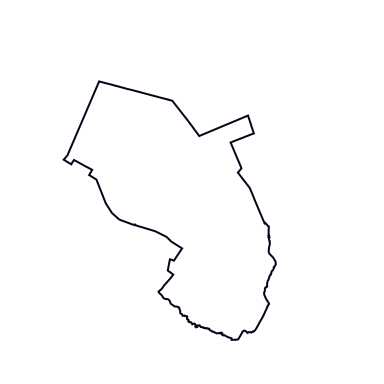 Noordenveld, Drenthe, Netherlands (Albers equal-area conic projection), rotated 137°
{"feature_id": "6326949B11636300368491", "entity_name": "Noordenveld", "entity_type": "district", "adm_level": 2, "iso_a3": "NLD", "parent_name": "Netherlands", "parent_adm1": "Drenthe", "projection": "albers", "projection_center": [6.459, 53.095], "detail": "fine", "context": "isolated", "style": "outline", "palette": "ink", "viewbox_px": 384, "rotation_deg": 137, "n_neighbors": 0, "source": "geoboundaries", "source_scale": "gbopen_adm2", "svg_char_len": 5397}
<svg xmlns="http://www.w3.org/2000/svg" viewBox="0 0 384 384"><g transform="rotate(137 192 192)"><path d="M224.4,52.8L214.3,56.9L214.4,57.0L213.4,57.3L212.3,57.5L211.9,57.6L210.9,62.2L210.8,62.9L210.3,64.7L210.0,65.3L209.6,66.7L208.9,68.0L208.1,69.1L207.6,69.3L206.7,69.6L206.3,70.0L205.6,70.7L204.3,71.8L203.2,72.1L202.7,71.9L202.5,71.5L201.4,71.7L201.4,71.9L200.5,72.8L199.8,73.4L199.7,73.7L197.7,75.1L196.2,75.6L195.5,75.9L193.2,77.3L191.1,78.0L190.4,77.8L188.6,79.2L187.0,79.8L186.4,79.5L183.7,80.6L183.1,80.8L183.3,81.2L182.1,81.4L180.5,81.7L180.3,81.8L179.9,82.2L179.7,82.4L179.3,82.8L178.7,83.6L178.6,83.9L178.1,85.2L177.6,87.3L177.5,87.9L177.4,88.6L177.4,89.5L177.4,90.2L177.4,90.5L177.4,91.2L177.5,93.6L177.5,94.2L177.4,94.5L176.8,95.5L176.5,96.2L176.3,96.4L175.9,96.8L173.0,99.3L171.0,100.5L170.3,101.0L169.2,102.5L169.3,102.6L169.2,102.7L168.5,103.3L168.6,103.6L168.4,103.8L168.4,104.0L167.7,105.2L167.1,106.5L166.2,106.1L166.1,106.4L166.1,107.0L166.1,107.4L166.1,107.7L165.7,107.6L165.7,107.9L165.6,108.1L165.3,108.2L165.2,108.3L165.0,108.2L164.9,108.5L164.7,108.8L164.5,109.3L164.1,109.5L163.9,109.7L163.7,110.0L163.2,110.5L161.8,111.9L161.8,112.0L161.7,112.1L159.7,114.0L159.4,114.3L159.5,114.4L159.6,114.9L159.6,115.2L159.6,115.6L159.6,116.0L159.6,116.5L159.5,116.8L159.5,117.7L159.5,119.4L160.3,119.5L158.6,124.2L156.5,130.0L151.6,143.3L150.2,146.9L148.2,152.2L147.0,155.6L146.9,156.6L146.2,164.3L145.9,167.7L145.2,174.9L139.7,175.6L139.3,176.4L138.5,178.7L137.9,180.2L137.4,181.7L135.7,186.4L133.8,191.5L130.0,201.9L106.8,192.7L104.9,196.8L103.9,199.1L102.5,201.9L98.9,209.7L148.5,228.0L148.3,230.0L147.6,236.1L147.1,240.1L146.2,248.5L144.2,272.2L161.2,299.2L161.8,300.3L167.0,308.5L169.1,311.6L171.1,314.9L184.5,336.2L214.2,323.1L258.2,303.7L263.8,303.1L261.4,294.6L261.1,294.7L260.9,294.8L256.5,295.9L253.7,287.5L252.9,284.9L251.1,279.8L249.9,276.3L255.7,274.5L253.4,266.3L262.4,243.5L262.7,242.6L262.8,242.5L263.5,238.6L264.9,231.1L264.8,230.6L264.6,227.9L264.0,221.6L263.7,220.8L258.7,210.9L258.3,210.0L256.5,206.8L256.0,207.0L256.0,206.9L255.5,205.4L255.2,204.8L246.2,189.3L245.8,188.6L245.5,188.0L241.3,176.7L241.2,176.3L241.0,170.5L240.9,169.6L239.5,164.2L237.7,157.5L252.1,154.1L252.9,156.0L253.2,156.5L254.1,157.8L263.3,151.1L262.0,144.4L265.1,143.8L267.2,143.5L276.0,142.7L280.1,141.8L280.7,141.8L284.3,142.0L284.7,141.2L284.8,140.5L284.8,140.1L284.6,137.3L284.6,137.0L284.7,136.2L285.1,134.2L285.1,133.6L285.0,133.1L284.7,132.4L283.3,130.7L282.9,130.2L282.6,129.6L282.5,129.3L282.5,128.8L282.5,128.5L282.5,127.9L282.7,127.3L283.5,125.4L283.6,125.1L283.7,124.9L283.7,124.7L283.5,123.9L283.3,122.7L283.3,122.4L283.0,121.6L282.8,120.9L282.8,120.3L282.7,120.1L282.6,119.9L282.4,119.6L281.6,119.0L281.4,118.8L281.3,118.6L281.0,117.8L280.9,117.6L280.4,116.9L280.3,116.7L280.2,116.4L280.3,116.0L280.4,115.8L280.5,115.6L281.0,115.2L281.3,114.2L281.5,113.5L281.7,113.1L281.9,112.9L283.1,111.5L283.2,111.3L283.2,111.1L283.2,110.8L283.1,110.5L282.8,110.0L282.7,109.6L282.7,109.2L282.8,108.9L283.2,108.2L283.3,107.7L283.1,107.6L282.9,107.6L282.0,106.9L281.8,106.8L281.8,106.6L281.9,106.3L281.6,105.8L281.4,105.7L281.1,105.6L280.6,104.9L280.4,104.5L280.4,104.3L280.4,104.1L280.5,103.9L281.0,103.8L281.3,103.5L281.5,103.4L281.9,103.0L282.2,102.6L282.3,102.3L282.3,102.2L282.0,101.9L281.9,101.7L281.9,101.4L281.9,101.2L282.0,101.0L282.0,100.9L281.9,100.4L282.1,100.0L282.3,99.8L282.7,99.9L282.9,99.9L283.0,99.8L283.0,99.3L282.9,99.1L282.5,98.4L282.0,98.0L281.8,97.7L281.6,97.5L281.6,97.2L281.7,96.7L281.6,96.1L281.6,95.9L281.7,95.7L282.0,95.3L282.1,95.1L281.9,94.9L281.3,94.8L280.5,94.5L280.3,94.3L280.1,94.2L280.0,93.8L279.9,93.5L279.9,93.3L280.2,92.7L279.9,92.4L279.9,92.2L280.1,92.0L280.8,91.5L281.2,91.4L281.4,91.2L281.2,90.8L281.2,90.7L281.3,90.3L281.0,90.0L280.9,90.0L280.4,90.0L280.0,89.7L279.9,89.7L279.6,89.9L279.1,90.4L278.9,90.5L278.6,90.4L278.4,90.2L278.1,89.6L277.5,89.5L277.4,89.3L277.4,88.8L277.4,88.5L277.6,87.9L277.7,87.6L277.7,87.4L277.5,87.0L276.8,86.4L276.5,86.1L276.3,85.4L276.3,85.1L276.4,84.8L276.4,84.7L276.2,84.6L275.8,84.7L275.6,84.6L275.2,83.2L274.9,82.9L274.8,82.6L274.7,82.5L274.4,82.7L274.2,82.6L274.0,82.3L274.0,82.2L273.7,81.9L273.5,81.6L273.6,81.2L273.3,80.8L273.1,80.6L272.9,80.4L273.0,80.3L273.1,79.9L272.9,79.7L272.9,79.3L273.1,78.7L272.9,78.3L272.7,77.7L272.6,77.2L272.5,76.5L272.2,75.7L271.8,75.6L271.4,74.9L271.4,74.7L271.4,74.3L271.3,74.1L271.1,73.7L270.5,72.2L270.2,71.6L269.9,71.4L269.1,70.7L268.9,70.6L268.0,70.3L267.9,70.2L267.9,69.8L267.9,69.5L267.8,69.3L267.6,69.2L267.2,69.1L266.6,69.2L266.3,69.1L266.3,68.9L266.3,68.4L266.3,68.0L266.3,67.9L266.3,67.7L267.3,67.4L267.3,67.1L267.1,66.5L267.0,65.9L266.9,65.8L266.8,65.7L266.3,65.5L266.0,65.3L265.9,65.1L265.8,64.5L265.1,62.5L265.0,62.1L264.9,61.8L264.9,61.6L264.5,61.0L262.8,57.9L263.0,57.6L263.9,56.9L263.8,56.6L263.7,56.5L263.6,56.4L263.4,56.4L261.2,54.6L261.1,54.4L261.1,54.2L260.7,54.1L260.3,53.9L259.3,53.0L259.0,52.8L258.7,52.7L252.4,54.6L251.3,55.0L250.6,55.3L250.2,55.3L249.4,55.2L248.9,55.3L248.7,55.2L248.4,55.1L248.2,54.9L248.0,54.6L247.9,54.5L247.7,53.8L247.6,53.3L247.5,52.4L247.5,52.1L247.6,51.9L247.6,51.7L247.4,51.0L246.7,51.3L245.2,50.0L245.0,49.8L244.7,49.4L244.5,48.7L242.2,48.5L242.1,48.4L242.0,48.2L242.0,47.8L241.8,47.8L240.3,47.9L239.4,48.0L238.7,48.2L238.3,48.3L237.0,48.7L231.3,50.6L226.1,52.2L224.4,52.8Z" fill="none" stroke="#020617" stroke-width="2"/></g></svg>